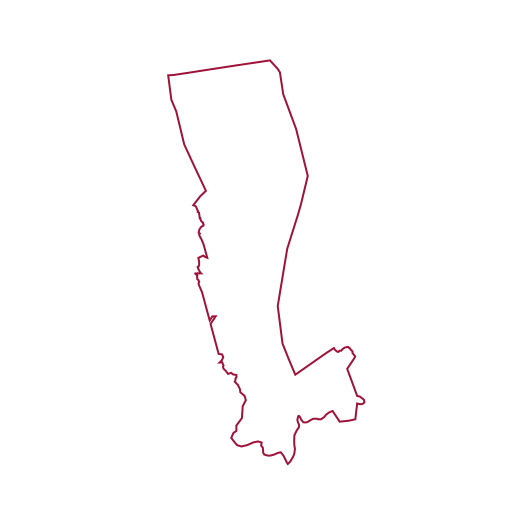 the district of Guadalupe de Ramírez, Oaxaca, Mexico, rotated 244°
{"feature_id": "50627088B13061406878483", "entity_name": "Guadalupe de Ramírez", "entity_type": "district", "adm_level": 2, "iso_a3": "MEX", "parent_name": "Mexico", "parent_adm1": "Oaxaca", "projection": "albers", "projection_center": [-98.186, 17.755], "detail": "fine", "context": "isolated", "style": "outline", "palette": "rose", "viewbox_px": 512, "rotation_deg": 244, "n_neighbors": 0, "source": "geoboundaries", "source_scale": "gbopen_adm2", "svg_char_len": 2755}
<svg xmlns="http://www.w3.org/2000/svg" viewBox="0 0 512 512"><g transform="rotate(244 256 256)"><path d="M339.7,239.6L336.5,239.5L334.2,232.2L329.1,221.9L328.2,222.8L326.5,223.8L325.2,223.6L323.6,223.5L322.2,223.6L321.2,222.9L320.4,223.6L320.1,223.8L314.6,222.0L314.5,222.5L311.8,222.0L310.2,222.5L309.0,223.1L308.3,222.6L306.8,222.6L306.3,221.9L306.3,219.6L304.7,216.8L302.0,214.6L300.8,215.4L300.1,214.3L298.9,214.1L295.0,214.3L293.4,214.2L289.6,214.0L275.8,211.4L277.5,209.8L279.5,208.9L279.6,203.4L275.9,202.4L272.9,201.0L272.3,200.3L271.8,199.9L271.8,199.0L271.7,198.7L269.3,198.5L266.1,198.6L265.8,198.5L264.5,199.0L265.7,196.4L266.2,195.9L266.3,194.6L267.5,193.3L264.5,194.7L264.4,194.4L263.5,194.1L262.6,193.8L261.9,193.5L261.5,193.3L261.0,193.1L260.3,193.5L259.1,193.6L257.8,193.7L256.8,192.5L255.2,192.0L246.9,191.6L225.1,187.4L218.3,186.1L220.9,190.3L219.5,193.3L214.9,185.4L184.4,179.5L182.4,182.4L179.4,182.2L177.2,179.5L176.2,176.6L175.2,179.0L171.8,178.8L171.0,177.8L169.1,177.4L165.9,178.5L162.3,179.2L161.9,182.4L159.5,183.6L159.1,184.2L157.6,186.2L155.6,185.3L155.1,184.1L152.6,182.5L152.3,181.8L148.8,182.9L148.4,183.2L148.2,183.2L143.5,183.2L140.3,182.2L135.4,184.4L130.9,183.7L126.8,178.2L116.5,172.3L112.2,164.0L107.4,161.7L106.8,158.1L103.3,154.0L97.7,155.2L94.3,156.1L91.2,159.4L89.9,165.1L89.6,172.1L88.4,176.6L85.9,179.3L83.3,177.5L82.1,177.8L80.8,178.1L78.7,177.4L78.4,177.2L78.0,177.1L75.9,176.2L74.0,176.4L72.5,177.8L71.0,179.8L70.2,181.9L69.5,185.7L69.5,188.5L69.2,190.4L68.8,192.1L67.2,192.6L64.1,193.2L57.4,193.2L57.2,193.2L55.5,193.3L55.1,193.4L56.4,197.0L59.5,201.6L61.7,203.9L65.7,206.5L69.1,207.5L72.5,209.0L77.9,211.8L81.3,216.0L83.2,219.4L85.2,220.7L88.3,220.8L90.7,221.4L93.5,223.7L93.5,224.4L92.5,224.9L88.9,224.9L85.7,225.7L84.5,228.0L84.2,229.6L84.6,233.3L84.6,236.1L83.3,238.9L82.7,239.9L82.2,240.0L80.7,242.8L81.2,245.8L81.5,247.2L82.5,248.9L83.3,252.7L83.2,256.6L83.1,256.9L70.4,258.6L67.2,267.5L65.7,273.7L74.2,279.1L76.9,280.9L78.2,281.7L79.1,282.3L77.5,284.1L76.9,285.2L76.5,286.3L76.4,287.8L77.0,289.3L79.6,290.0L82.7,288.4L84.2,287.7L85.8,285.6L108.7,287.9L114.6,288.5L120.2,298.1L121.2,299.8L122.3,301.1L126.6,300.2L127.4,300.8L129.0,300.7L130.2,300.0L131.8,300.0L132.5,299.4L133.3,299.3L134.0,298.8L134.8,295.6L134.4,292.9L133.5,291.0L134.3,289.5L133.7,287.8L134.8,286.8L137.3,285.8L139.1,285.7L138.0,276.5L132.1,239.3L148.8,240.2L159.5,241.0L165.5,241.4L201.5,253.6L232.2,275.4L248.9,287.3L274.5,311.6L282.7,319.0L305.2,337.6L305.6,337.7L352.4,347.7L389.5,351.4L410.6,358.0L412.3,357.8L414.5,357.6L425.7,354.3L435.5,323.3L442.5,300.9L450.4,275.3L454.9,261.1L456.9,256.3L445.1,252.3L433.5,248.4L420.8,247.7L387.8,240.4L364.7,239.9L339.7,239.6Z" fill="none" stroke="#9f1239" stroke-width="2"/></g></svg>